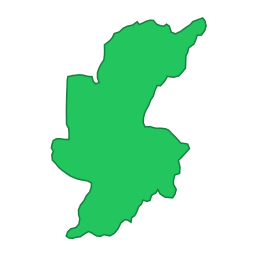 outline of Embu-Guaçu, São Paulo, Brazil, rotated 181°
{"feature_id": "56859067B87631402258962", "entity_name": "Embu-Guaçu", "entity_type": "district", "adm_level": 2, "iso_a3": "BRA", "parent_name": "Brazil", "parent_adm1": "São Paulo", "projection": "natural_earth1", "projection_center": [-46.834, -23.853], "detail": "fine", "context": "isolated", "style": "filled", "palette": "green", "viewbox_px": 256, "rotation_deg": 181, "n_neighbors": 0, "source": "geoboundaries", "source_scale": "gbopen_adm2", "svg_char_len": 2042}
<svg xmlns="http://www.w3.org/2000/svg" viewBox="0 0 256 256"><g transform="rotate(181 128 128)"><path d="M187.9,18.9L185.3,17.1L181.5,16.7L178.0,17.9L173.8,18.4L169.3,21.6L165.8,23.8L162.6,22.6L157.7,19.6L153.6,19.2L150.3,21.0L144.2,19.8L139.9,22.4L136.2,27.1L133.6,32.8L129.8,36.2L126.7,36.0L123.4,33.8L122.7,38.5L119.9,40.4L118.2,43.4L115.9,49.5L113.4,52.0L111.8,56.2L107.8,55.0L104.7,56.0L103.3,61.1L98.9,63.7L97.1,66.9L94.8,62.7L90.0,59.6L82.2,58.9L79.9,62.7L78.7,67.5L81.6,72.4L81.6,76.7L80.3,82.0L75.6,83.5L75.3,89.6L77.1,96.5L73.5,100.1L69.2,105.0L66.2,108.5L68.0,112.9L71.4,113.5L75.1,113.9L77.9,117.1L81.5,120.8L84.7,123.8L87.0,126.3L90.2,127.8L94.5,128.3L100.6,128.3L105.7,129.7L111.0,129.5L112.9,133.5L112.7,138.2L111.8,142.7L110.0,146.9L107.7,151.2L105.7,156.6L103.3,160.3L101.6,166.4L99.5,171.0L96.3,170.8L92.0,175.7L89.5,180.3L83.4,179.5L78.1,181.0L74.4,185.2L71.6,188.8L71.5,194.3L71.4,201.0L69.7,204.8L68.7,209.1L63.6,213.1L61.9,217.1L60.4,222.0L56.2,222.2L52.9,226.9L51.7,231.6L53.0,236.6L55.3,239.3L60.3,237.4L64.9,235.6L67.8,232.2L71.9,229.5L77.1,225.5L82.1,223.0L86.4,224.5L88.5,230.6L91.4,232.5L94.0,230.3L98.5,231.2L101.5,232.5L104.5,236.0L107.7,236.2L111.6,235.0L115.6,233.0L118.6,231.7L120.7,234.4L125.0,231.1L131.0,229.5L134.7,227.5L138.4,223.9L143.4,222.2L145.0,218.4L147.5,215.2L153.0,210.7L152.8,205.4L152.8,200.8L153.3,195.7L155.9,191.6L157.9,187.6L159.5,182.7L159.4,177.5L157.6,173.0L160.9,171.6L163.5,173.8L164.9,178.7L169.2,178.9L173.9,180.1L178.2,180.3L183.9,179.5L189.1,178.3L189.6,174.3L189.6,169.3L189.8,162.5L189.9,153.0L189.9,144.7L189.5,130.5L187.3,126.5L186.8,121.5L186.8,115.5L191.7,115.5L196.0,116.1L199.5,115.9L202.5,114.1L203.6,110.5L204.3,106.6L202.2,103.6L203.7,99.7L203.0,94.5L199.5,91.0L196.7,87.6L193.3,84.7L188.4,81.3L185.0,79.1L181.2,77.5L176.9,76.0L172.8,75.2L167.5,74.4L163.5,72.3L163.7,67.9L165.2,63.3L168.3,59.8L170.6,54.8L174.1,50.2L176.1,45.2L175.8,40.2L174.6,36.6L175.4,31.1L178.2,27.6L183.5,26.1L186.4,23.2L187.9,18.9Z" fill="#22c55e" stroke="#15803d" stroke-width="1.5"/></g></svg>